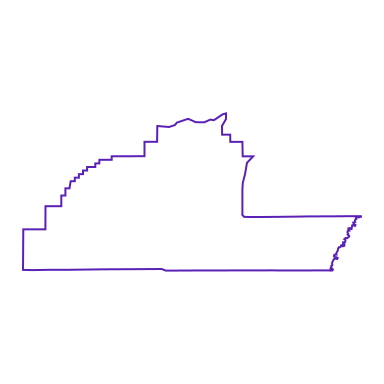 Carbon, Montana, United States of America (Robinson projection)
{"feature_id": "52423323B43555697098429", "entity_name": "Carbon", "entity_type": "district", "adm_level": 2, "iso_a3": "USA", "parent_name": "United States of America", "parent_adm1": "Montana", "projection": "robinson", "projection_center": [-108.599, 45.319], "detail": "fine", "context": "isolated", "style": "outline", "palette": "violet", "viewbox_px": 384, "rotation_deg": 0, "n_neighbors": 0, "source": "geoboundaries", "source_scale": "gbopen_adm2", "svg_char_len": 2225}
<svg xmlns="http://www.w3.org/2000/svg" viewBox="0 0 384 384"><path d="M23.0,269.9L32.6,270.1L49.9,269.8L67.8,269.8L105.3,269.3L107.4,269.3L128.6,269.2L129.8,269.2L161.7,269.0L165.8,270.6L169.9,270.6L192.3,270.5L245.6,270.4L257.9,270.4L266.5,270.4L269.0,270.3L282.0,270.5L327.8,270.4L332.1,270.6L332.7,270.1L332.9,269.4L332.2,268.8L331.3,268.9L330.5,268.8L330.7,267.9L331.4,267.2L331.4,266.4L331.3,265.8L331.9,265.6L332.4,264.9L332.1,264.1L332.1,262.6L333.0,260.9L333.8,259.2L335.1,258.7L336.4,258.8L337.1,259.0L337.7,258.0L336.7,257.3L335.3,257.2L334.1,256.5L334.0,255.7L334.4,254.8L335.3,254.8L336.5,254.6L336.1,253.7L337.1,251.8L337.9,250.1L338.1,248.3L339.1,247.2L339.7,247.4L340.7,246.8L341.0,245.5L342.1,245.1L342.0,245.6L343.0,246.3L344.2,245.8L344.5,244.8L343.8,243.6L343.0,243.2L343.2,242.3L344.1,242.8L345.2,242.1L345.1,241.3L345.5,240.2L345.1,239.2L344.5,239.0L345.6,238.0L347.1,238.1L348.7,237.0L349.2,236.4L349.0,235.6L348.4,235.2L347.6,234.6L348.1,233.9L347.5,232.4L347.7,231.0L348.5,230.7L349.4,230.7L349.3,229.7L348.4,229.2L348.3,228.4L349.0,228.2L349.9,228.1L350.3,228.7L351.5,229.0L351.6,228.2L352.1,226.3L352.1,225.4L353.1,224.9L354.1,225.7L355.2,225.8L355.4,224.8L354.5,224.5L353.6,223.4L353.3,222.7L353.9,222.7L355.2,221.9L354.8,221.4L355.3,219.5L356.3,219.0L356.0,217.7L355.9,217.3L357.4,217.3L359.2,217.3L361.0,216.7L360.9,216.2L356.2,216.2L347.4,216.2L336.0,216.3L323.9,216.3L317.4,216.4L308.8,216.4L298.5,216.6L289.3,216.7L281.5,216.8L275.6,216.9L272.1,216.9L262.1,217.0L250.3,217.0L245.5,216.9L244.1,216.9L242.3,214.8L242.4,213.0L242.4,199.5L242.4,189.4L242.8,182.9L243.9,178.5L244.9,174.8L247.0,162.7L252.0,157.6L253.2,156.3L242.7,156.3L242.4,141.9L230.3,141.9L230.2,134.7L222.1,134.7L222.0,126.0L226.0,119.0L226.0,113.4L222.7,114.3L213.9,120.2L210.3,119.6L204.3,122.3L195.8,122.2L188.1,118.8L176.9,122.6L174.8,125.1L169.0,127.0L157.3,126.0L157.1,141.8L144.5,141.8L144.5,156.2L111.7,156.3L111.7,159.8L99.4,159.8L99.3,163.4L95.3,163.4L95.3,167.0L87.1,167.0L87.1,170.5L83.0,170.5L83.0,174.1L78.9,174.1L78.9,177.7L74.8,177.7L74.8,181.2L70.7,181.2L69.5,188.3L65.4,188.3L65.4,195.5L61.3,195.5L61.3,206.2L45.5,206.2L45.4,229.3L23.3,229.3L23.0,269.9Z" fill="none" stroke="#5b21b6" stroke-width="2"/></svg>